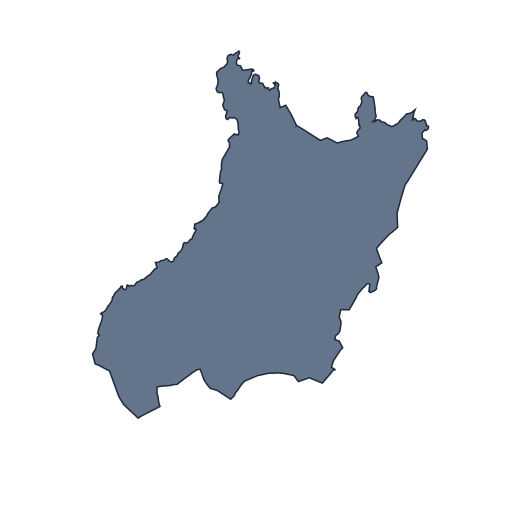 Konstantinovas pag., Dagdas, Latvia (Natural Earth projection), rotated 111°
{"feature_id": "27541924B71818546023925", "entity_name": "Konstantinovas pag.", "entity_type": "district", "adm_level": 2, "iso_a3": "LVA", "parent_name": "Latvia", "parent_adm1": "Dagdas", "projection": "natural_earth1", "projection_center": [27.393, 56.066], "detail": "fine", "context": "isolated", "style": "filled", "palette": "slate", "viewbox_px": 512, "rotation_deg": 111, "n_neighbors": 0, "source": "geoboundaries", "source_scale": "gbopen_adm2", "svg_char_len": 5949}
<svg xmlns="http://www.w3.org/2000/svg" viewBox="0 0 512 512"><g transform="rotate(111 256 256)"><path d="M68.4,214.1L70.8,214.5L74.0,212.3L74.5,212.3L78.8,212.5L79.5,213.2L81.5,213.6L83.3,213.1L85.3,213.1L87.6,214.2L90.1,213.6L90.5,212.8L91.8,211.8L90.5,211.3L90.2,210.5L91.7,209.3L94.5,207.7L95.6,207.6L97.6,206.2L97.2,205.9L99.2,204.6L101.7,205.7L104.6,206.2L105.8,205.3L107.1,203.5L107.5,203.2L113.9,209.0L116.9,214.4L121.4,220.7L120.2,231.1L120.2,232.0L125.0,237.3L120.5,259.4L119.7,264.7L120.2,264.9L119.4,265.2L111.9,273.1L104.6,282.2L108.8,286.6L101.4,291.4L98.8,291.4L96.9,292.2L95.2,292.9L93.7,293.8L93.1,294.8L92.2,295.2L92.0,295.9L91.0,295.7L90.2,296.2L89.6,295.9L88.3,296.1L87.7,296.4L87.1,297.3L86.9,298.3L87.8,299.1L87.4,299.5L86.8,299.6L86.6,300.1L87.2,299.9L87.7,300.1L88.0,301.7L88.2,301.9L88.4,301.8L89.1,300.0L89.5,299.5L90.8,299.2L92.3,299.5L93.1,299.9L94.1,301.5L95.8,302.3L96.4,303.0L96.0,303.7L94.6,304.6L94.7,305.4L95.6,306.5L95.8,307.5L95.2,307.9L95.4,308.1L95.3,308.6L92.6,311.4L92.5,312.4L93.1,314.2L92.8,315.3L92.5,315.7L91.3,316.1L88.3,316.6L87.5,317.6L86.7,317.9L86.5,318.2L86.6,319.9L86.4,321.5L86.6,321.9L87.9,323.0L90.0,323.3L93.5,323.0L96.5,322.2L97.3,322.4L97.4,322.7L96.9,323.1L97.1,323.6L96.5,324.1L96.7,325.1L96.6,325.5L96.0,325.9L93.9,326.0L91.2,325.5L90.0,325.8L88.9,325.3L88.2,325.3L87.2,325.5L85.2,326.4L84.5,325.8L84.5,324.8L83.9,324.4L83.5,324.5L82.9,325.6L82.9,326.5L83.5,327.9L87.1,334.3L87.2,335.0L85.9,336.6L84.5,337.9L84.1,338.6L84.1,339.5L84.5,341.4L84.3,342.3L82.3,343.8L79.3,344.1L78.4,343.9L78.1,343.3L77.9,342.3L77.5,342.1L77.2,342.2L76.8,343.7L75.8,344.4L71.9,344.3L71.5,344.5L71.3,345.1L70.8,345.4L70.9,345.7L72.2,346.2L73.9,347.6L76.6,349.4L76.9,350.4L76.6,351.3L76.9,352.0L78.1,353.3L79.3,353.9L80.8,354.0L82.5,353.6L84.8,352.2L86.5,351.8L91.3,353.7L93.5,356.1L98.3,358.5L99.8,358.2L100.7,357.8L105.0,354.7L107.1,353.8L110.9,353.1L112.8,353.3L114.1,353.2L114.8,352.8L116.5,351.1L116.7,350.6L116.7,349.0L116.1,347.5L115.7,347.0L115.8,346.0L116.5,345.0L119.8,343.1L120.4,342.4L122.4,341.2L126.7,341.2L127.7,340.6L130.7,337.8L130.8,337.0L130.5,335.8L130.8,335.2L134.3,334.5L136.0,334.6L137.7,333.8L138.5,333.1L138.8,331.5L138.3,331.1L136.7,330.4L136.0,329.6L135.7,327.5L134.7,326.7L135.2,323.1L136.6,321.7L139.4,319.9L143.9,318.0L144.8,317.4L145.3,316.7L146.0,316.4L148.1,315.9L149.5,316.0L149.6,316.5L149.3,316.9L149.2,317.2L149.7,318.0L150.1,318.2L150.1,319.2L149.7,319.7L149.9,320.1L157.0,323.5L157.9,323.5L158.8,323.0L159.8,321.4L163.7,319.8L178.1,322.1L183.6,320.9L187.5,319.2L189.1,319.5L191.5,319.0L198.8,317.1L200.8,316.2L200.9,315.8L200.1,313.6L200.5,312.9L206.3,312.3L213.8,312.2L215.3,311.3L219.4,309.7L225.0,311.5L226.3,313.5L227.1,314.2L233.4,316.2L236.4,316.4L242.4,318.7L243.6,320.4L244.5,320.8L244.5,320.6L246.5,322.5L248.3,324.7L248.7,324.6L249.5,324.0L251.2,324.0L252.8,323.5L252.9,322.9L252.1,322.0L252.1,321.8L253.2,321.1L257.8,322.0L263.1,322.0L263.7,322.4L264.1,323.3L266.6,324.0L268.5,324.9L268.7,325.2L268.9,327.3L269.2,327.7L269.7,328.0L271.2,328.2L274.2,327.6L276.7,327.6L279.0,328.3L281.0,329.6L284.1,329.8L287.0,331.5L289.5,331.3L291.2,331.7L291.8,332.5L291.9,333.2L291.7,335.3L290.8,337.1L290.5,338.2L290.6,338.9L293.4,340.9L294.2,342.9L296.6,344.5L297.1,345.3L297.2,345.8L297.6,346.3L298.0,347.6L302.6,344.1L304.4,345.9L311.5,348.3L312.3,348.8L312.5,349.3L318.5,352.8L319.3,354.2L319.4,354.7L321.5,355.9L323.0,357.8L327.2,359.0L327.5,359.4L328.1,361.0L328.3,362.4L329.1,362.9L329.8,364.0L329.0,365.2L329.2,365.7L330.0,365.9L332.8,365.4L333.8,365.5L334.3,365.9L334.4,366.8L333.7,369.4L332.1,369.7L332.1,370.2L332.5,371.1L334.3,371.2L335.5,372.0L336.1,371.9L340.2,374.0L341.7,374.5L343.6,374.5L345.9,375.2L348.6,374.6L350.8,374.7L354.7,375.7L355.9,376.3L357.8,376.4L359.9,376.7L362.4,377.8L363.6,378.8L363.9,379.5L365.7,380.4L366.3,378.0L370.1,377.0L380.7,376.8L384.4,376.0L384.9,376.1L386.2,373.7L388.8,375.0L399.8,372.3L406.0,373.5L414.0,367.8L414.4,367.4L414.4,363.6L415.9,351.5L436.3,333.8L439.3,330.0L442.4,325.8L449.6,307.9L445.9,305.2L430.9,291.7L428.0,294.0L421.7,297.6L419.3,299.4L413.6,301.4L410.2,295.3L409.9,294.2L408.1,290.6L407.0,288.7L405.6,286.7L404.0,283.6L396.0,278.8L390.1,274.9L387.5,273.4L383.4,270.4L381.7,267.5L390.2,260.2L393.3,255.9L396.0,251.3L395.6,246.8L395.5,243.4L398.8,228.3L393.9,226.1L391.0,226.2L388.7,225.2L382.2,223.8L376.9,221.8L367.1,211.7L360.8,201.9L358.2,195.5L357.1,193.5L356.9,191.9L356.0,189.6L354.0,177.8L358.1,171.4L350.6,162.7L350.9,148.5L337.4,143.7L335.6,143.4L333.9,141.5L333.5,141.9L332.9,145.7L325.7,146.1L312.5,143.2L311.5,142.3L310.4,142.3L305.6,148.0L305.9,148.1L305.6,151.1L305.8,152.4L302.0,153.1L299.1,151.4L295.9,150.8L288.7,152.4L286.7,153.2L283.4,156.4L275.7,157.6L272.8,149.7L259.4,147.6L255.2,147.4L247.3,144.6L244.8,143.2L242.3,142.5L241.4,140.5L241.8,139.6L248.7,137.9L249.2,136.2L246.0,132.9L243.4,131.6L242.1,132.3L240.8,132.6L237.3,132.9L231.8,133.6L228.3,136.0L223.2,140.3L218.4,136.8L217.2,136.1L213.1,140.0L205.9,146.2L200.9,144.6L188.6,139.6L185.1,137.7L184.9,137.4L178.5,134.0L165.6,139.6L151.6,141.1L136.2,142.3L131.8,141.2L94.8,134.3L87.6,137.9L87.3,138.4L86.7,141.0L86.7,141.9L87.0,142.5L82.4,144.8L81.2,144.9L77.8,143.5L77.8,142.2L76.7,141.4L75.7,141.0L74.7,140.9L73.0,141.5L73.1,143.0L73.3,143.5L72.8,143.9L71.4,144.4L70.7,145.6L69.7,145.9L68.9,146.8L68.6,147.8L68.9,149.0L71.6,151.3L72.0,152.5L71.8,152.5L72.3,154.6L70.9,155.8L70.8,157.6L72.9,158.1L73.0,158.7L65.6,159.9L62.4,159.9L66.3,162.1L68.0,164.0L69.4,166.4L72.1,167.3L78.0,170.1L79.0,170.1L82.1,171.4L82.6,171.9L83.0,172.7L84.7,173.6L86.7,175.9L86.6,176.7L86.2,177.8L86.2,178.4L86.9,179.9L85.9,181.6L85.2,183.8L85.9,187.3L84.8,188.4L85.3,191.6L87.8,193.2L88.3,194.1L88.7,195.1L87.0,194.2L86.0,193.9L82.6,193.9L78.6,196.5L75.9,197.5L65.6,203.4L65.3,203.8L66.0,205.5L65.9,208.7L65.0,209.8L64.0,210.6L63.7,211.3L63.8,212.0L63.9,212.3L64.3,212.7L65.9,212.8L68.4,214.1Z" fill="#64748b" stroke="#1e293b" stroke-width="1.5"/></g></svg>